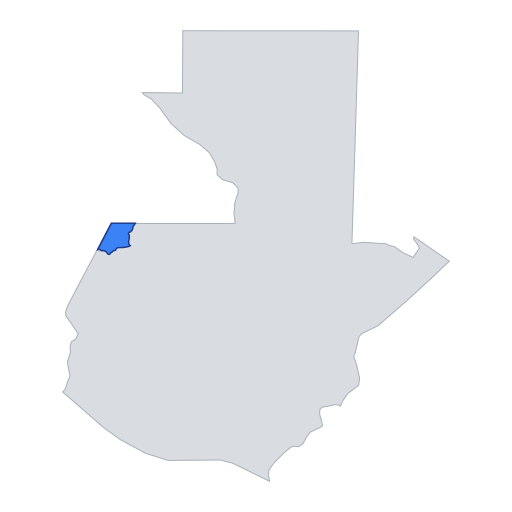 Nentón, Huehuetenango, Guatemala (highlighted)
{"feature_id": "79465075B15120752201699", "entity_name": "Nentón", "entity_type": "district", "adm_level": 2, "iso_a3": "GTM", "parent_name": "Guatemala", "parent_adm1": "Huehuetenango", "projection": "robinson", "projection_center": [-91.636, 15.932], "detail": "fine", "context": "in_parent", "style": "filled", "palette": "blue", "viewbox_px": 512, "rotation_deg": 0, "n_neighbors": 0, "source": "geoboundaries", "source_scale": "gbopen_adm2", "svg_char_len": 2748}
<svg xmlns="http://www.w3.org/2000/svg" viewBox="0 0 512 512"><path d="M62.7,392.0L65.2,389.1L67.3,382.6L70.0,375.9L68.4,368.1L67.4,361.8L70.4,352.6L70.1,345.8L71.5,341.5L75.9,338.8L78.2,333.6L65.7,315.5L65.7,311.4L67.4,306.3L77.5,287.0L89.6,264.1L102.9,238.8L110.9,223.6L140.1,223.5L159.4,223.5L183.9,223.5L210.5,223.5L228.0,223.5L235.2,223.3L234.0,213.4L234.9,202.4L238.1,192.5L238.1,188.1L232.8,182.8L222.7,179.7L217.1,174.9L217.1,168.9L214.6,161.6L209.7,153.1L199.6,144.4L184.2,135.5L171.0,123.5L160.2,108.5L151.1,98.8L144.0,94.8L142.4,92.6L163.0,92.8L182.5,93.0L182.6,71.5L182.7,52.3L182.8,30.7L218.1,30.8L260.2,30.8L304.0,30.8L338.3,30.9L358.5,30.9L357.7,57.7L356.7,88.7L356.0,111.5L355.1,142.0L354.1,173.1L352.8,215.5L351.9,243.0L352.4,243.6L363.8,242.3L380.9,243.5L385.0,243.4L390.2,245.8L394.3,246.5L402.9,252.7L413.1,257.4L419.6,247.9L416.1,242.2L413.6,239.3L413.9,236.8L449.3,261.2L445.2,265.0L436.2,273.7L420.0,288.6L405.5,301.9L391.5,314.0L378.9,324.9L377.4,326.0L361.4,333.8L358.7,337.3L355.3,352.7L353.7,356.5L356.7,365.1L359.6,378.3L358.7,385.2L347.6,393.7L342.5,401.3L340.3,406.2L338.3,405.0L334.8,404.6L326.9,406.5L323.1,406.9L319.9,409.1L319.6,413.9L321.7,421.6L322.5,425.5L320.3,427.4L310.5,432.0L306.7,436.6L303.0,443.7L298.7,446.7L294.2,446.1L291.1,447.1L284.3,452.5L274.1,462.8L268.7,470.4L268.6,476.1L269.6,481.3L232.4,463.1L220.1,460.0L168.0,460.4L145.6,453.3L120.1,439.5L102.9,427.0L62.7,392.0Z" fill="#d9dde1" stroke="#a8b0b8" stroke-width="1"/><path d="M111.6,252.4L112.3,251.9L112.5,251.6L112.9,251.1L113.5,250.7L114.9,250.5L115.3,250.3L115.6,250.0L115.9,249.5L116.2,248.8L116.3,248.6L117.1,248.0L117.5,247.8L117.7,247.7L118.3,247.6L119.2,247.6L121.5,247.5L122.5,247.5L123.7,247.4L124.4,247.3L125.2,247.2L126.0,247.0L127.4,246.8L128.5,246.5L129.1,246.3L129.9,245.8L130.2,245.7L129.4,244.9L129.1,244.4L128.8,243.8L128.7,243.2L128.7,242.1L128.7,240.9L128.8,240.3L129.1,239.0L129.2,238.2L129.2,237.8L129.3,237.4L129.3,236.0L129.3,235.3L129.2,235.0L128.7,234.3L128.5,234.0L128.5,233.6L128.5,233.2L128.7,232.7L128.8,232.5L129.8,232.1L130.3,231.9L130.8,231.6L131.1,231.1L131.4,230.9L131.5,230.9L131.8,230.6L132.1,230.1L132.2,229.9L132.3,229.6L132.5,229.3L132.7,228.7L133.0,226.8L133.2,226.2L133.5,225.9L133.7,225.6L133.7,225.4L133.9,225.2L134.4,224.7L134.6,224.3L134.7,224.2L134.9,223.8L135.0,223.6L135.2,223.4L135.3,223.2L111.4,223.2L98.2,248.6L97.7,249.7L98.1,249.6L98.9,249.5L99.1,249.4L99.4,249.4L100.3,249.8L100.8,250.2L101.3,250.7L101.6,250.7L102.6,250.7L103.4,250.6L104.1,250.6L104.3,250.7L105.2,251.3L106.2,251.8L106.8,252.4L107.1,252.9L107.4,253.4L107.7,253.8L108.1,254.1L108.5,254.3L109.1,254.4L109.7,254.2L110.1,253.7L110.6,253.1L111.2,252.5L111.6,252.4Z" fill="#3b82f6" stroke="#1e3a8a" stroke-width="1.5"/></svg>